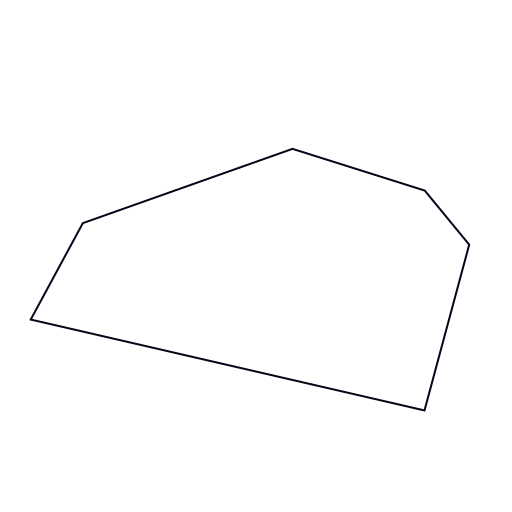 the border of Saint Martin, rotated 13°
{"feature_id": "MAF", "entity_name": "Saint Martin", "entity_type": "country or territory", "adm_level": 0, "iso_a3": "MAF", "parent_name": "North America", "parent_adm1": "", "projection": "equal_earth", "projection_center": [-63.051, 18.092], "detail": "fine", "context": "isolated", "style": "outline", "palette": "ink", "viewbox_px": 512, "rotation_deg": 13, "n_neighbors": 0, "source": "natural_earth", "source_scale": "50m", "svg_char_len": 247}
<svg xmlns="http://www.w3.org/2000/svg" viewBox="0 0 512 512"><g transform="rotate(13 256 256)"><path d="M454.9,368.6L50.8,368.6L79.9,262.9L267.4,143.4L405.7,154.3L461.2,197.0L454.9,368.6Z" fill="none" stroke="#020617" stroke-width="2"/></g></svg>